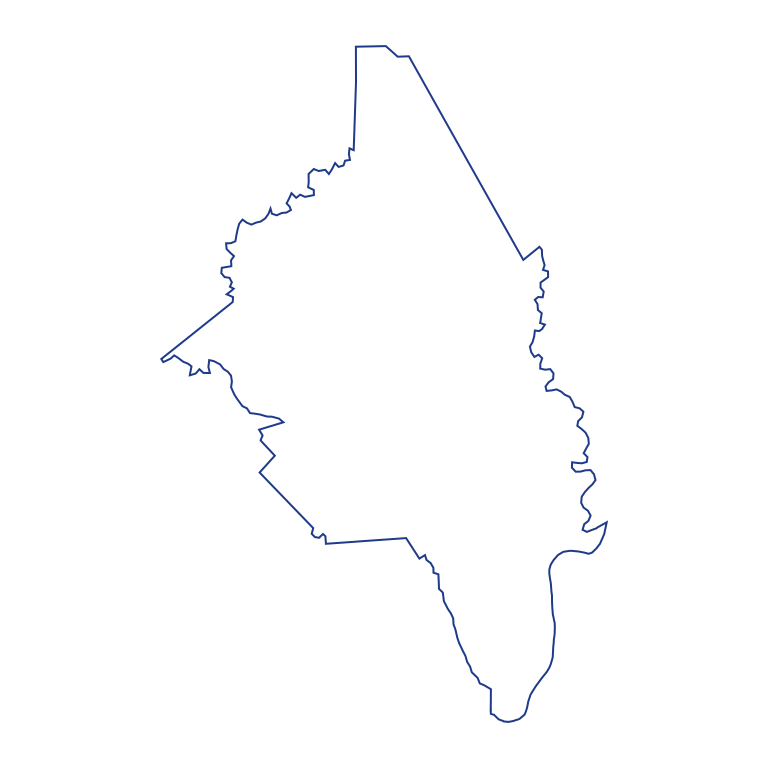 outline of Oberá, Misiones, Argentina
{"feature_id": "61730980B41869558035533", "entity_name": "Oberá", "entity_type": "district", "adm_level": 2, "iso_a3": "ARG", "parent_name": "Argentina", "parent_adm1": "Misiones", "projection": "equal_earth", "projection_center": [-55.041, -27.479], "detail": "fine", "context": "isolated", "style": "outline", "palette": "blue", "viewbox_px": 768, "rotation_deg": 0, "n_neighbors": 0, "source": "geoboundaries", "source_scale": "gbopen_adm2", "svg_char_len": 4824}
<svg xmlns="http://www.w3.org/2000/svg" viewBox="0 0 768 768"><path d="M161.3,359.0L163.3,362.1L166.7,360.5L170.8,358.5L174.2,355.4L177.6,357.5L178.3,358.0L183.3,361.8L188.1,363.7L191.5,366.4L190.1,373.5L189.8,375.3L193.2,374.3L195.9,373.4L199.4,369.2L203.4,372.9L207.4,373.0L209.9,373.0L209.6,371.8L208.4,367.1L209.2,360.1L214.0,361.2L220.1,364.4L223.5,368.9L227.8,371.7L231.0,375.6L231.9,381.4L231.1,387.3L234.3,394.5L237.4,399.3L242.4,406.1L247.0,408.4L250.0,413.1L255.0,413.7L260.0,414.5L266.9,416.5L271.9,416.7L279.0,418.6L283.4,422.3L265.3,427.8L259.1,429.7L262.4,435.2L262.6,435.6L260.9,439.5L260.6,440.4L262.4,442.4L271.2,451.8L274.8,455.7L270.2,460.8L259.6,472.5L262.0,475.0L313.2,528.1L312.2,532.0L311.7,533.8L315.0,537.1L318.8,537.7L319.0,537.8L323.0,534.0L325.4,536.3L325.9,543.2L325.9,543.8L327.2,543.7L354.1,541.8L359.2,541.4L406.1,538.1L419.4,558.6L425.0,555.1L426.5,559.9L428.0,561.1L430.7,563.1L433.4,567.9L433.5,572.7L438.4,574.3L438.8,583.1L439.0,588.9L442.8,592.5L443.9,601.2L447.8,608.8L450.9,613.4L453.2,618.4L453.5,624.2L455.5,629.8L457.3,637.7L459.2,643.2L462.9,651.0L465.5,656.1L467.1,661.8L470.1,666.6L471.8,672.3L477.6,677.9L479.8,683.4L484.1,685.2L490.9,689.2L490.8,703.5L490.7,709.6L490.8,709.5L490.8,710.0L490.8,713.6L490.8,713.8L491.7,714.1L493.8,714.8L494.0,714.8L498.5,719.2L501.3,720.4L503.1,720.9L503.9,721.5L504.3,721.5L505.7,721.6L508.0,721.9L510.9,721.5L511.6,721.3L513.7,720.9L515.5,720.2L517.7,719.6L519.5,718.9L524.1,715.0L524.5,714.7L525.4,712.7L525.8,711.7L526.3,710.2L526.8,708.6L527.5,705.7L528.0,702.9L528.3,701.4L530.6,694.5L535.4,686.8L541.1,679.0L542.0,677.8L546.8,671.9L549.4,667.5L550.9,663.8L552.7,657.4L553.1,650.4L553.1,649.3L553.3,646.3L553.7,642.9L553.8,640.8L553.8,640.0L554.1,637.8L554.4,636.1L554.7,632.7L554.7,631.3L554.8,629.0L554.8,625.1L554.7,623.6L554.6,622.4L554.3,621.2L553.9,619.7L553.4,616.8L552.8,614.3L552.6,611.3L552.3,607.8L552.1,603.8L552.1,603.4L552.0,600.0L552.0,595.7L551.5,592.1L551.2,588.6L551.2,588.0L550.8,583.2L549.9,577.9L549.8,577.2L549.3,573.2L549.3,570.0L549.3,569.9L549.6,568.5L550.8,564.5L552.6,561.6L553.7,560.0L553.8,559.7L554.4,559.1L555.4,558.0L558.0,555.0L563.3,551.8L564.2,551.7L569.1,550.9L571.4,550.8L578.6,551.5L584.3,552.6L587.0,553.3L588.6,553.8L592.1,552.6L596.4,548.4L599.0,545.0L599.8,544.1L600.0,543.8L600.4,542.8L603.0,536.9L604.2,534.1L605.2,529.4L605.7,527.0L606.7,522.3L597.3,527.5L596.5,528.3L591.7,530.0L586.9,531.9L586.3,531.6L582.6,529.8L584.2,524.2L586.9,522.1L588.4,520.9L590.6,515.6L588.0,510.8L583.6,507.6L581.3,503.1L581.2,502.8L581.7,496.7L584.9,492.0L588.6,487.9L592.4,484.4L593.3,483.1L595.5,480.1L594.0,474.3L590.5,470.1L590.2,470.1L585.5,470.3L583.5,470.8L580.6,471.6L575.7,471.7L574.2,470.1L571.9,467.7L572.1,462.3L576.9,462.9L582.0,463.3L583.6,462.8L586.7,462.0L587.3,458.2L587.5,457.1L583.7,453.2L586.0,448.8L587.0,447.0L588.8,443.9L588.3,437.9L585.6,432.7L581.6,429.0L580.4,428.1L577.3,425.8L578.2,421.1L579.1,420.2L582.0,417.3L583.4,411.7L579.6,408.3L574.7,407.1L572.5,401.8L569.7,396.9L564.9,394.8L561.1,391.6L557.0,389.6L556.6,389.4L551.6,390.4L546.6,390.9L545.5,386.5L548.7,382.2L550.6,380.9L553.1,379.1L553.5,373.3L550.2,369.1L545.3,369.7L542.4,369.1L540.2,368.6L540.3,365.5L540.3,363.8L542.2,358.2L538.6,354.7L534.4,356.9L531.5,352.7L531.3,352.4L529.9,346.6L532.6,342.1L534.2,336.4L534.9,330.5L539.1,331.1L542.0,329.1L544.9,324.6L541.6,323.5L540.1,323.0L540.2,322.7L540.9,318.4L541.7,313.2L537.9,310.0L537.9,309.6L537.5,304.0L534.8,299.8L538.2,297.0L541.1,297.2L542.7,297.3L543.7,291.6L542.7,290.3L540.5,287.6L540.6,282.5L543.2,280.7L544.3,279.9L548.1,277.1L548.0,271.4L543.0,269.9L544.6,265.1L543.2,260.4L542.1,255.9L541.9,249.8L541.2,248.9L539.4,246.8L538.5,247.6L535.4,250.1L523.3,259.9L491.7,203.8L443.6,118.2L408.9,56.3L397.7,56.7L386.6,46.8L385.8,46.1L355.9,46.7L356.0,80.5L356.0,82.4L353.7,150.2L349.5,148.4L348.9,154.2L350.0,159.9L345.1,160.7L343.5,165.5L338.6,166.9L335.1,163.1L331.9,169.4L328.9,174.0L325.2,169.8L318.6,171.0L313.8,169.0L308.6,174.0L308.7,182.1L308.4,184.9L308.1,187.3L313.8,190.0L313.9,195.1L305.4,196.8L305.0,196.9L300.2,194.7L296.2,197.8L291.5,193.2L289.2,198.3L286.6,203.4L288.3,205.2L289.5,206.4L290.6,209.2L290.9,210.0L289.7,210.7L286.4,212.6L284.7,212.7L281.8,213.0L276.7,215.3L271.9,213.7L270.5,208.6L268.4,214.0L265.2,218.4L260.8,221.5L256.1,222.6L251.4,224.6L246.8,222.7L242.5,219.6L239.2,223.7L237.6,229.4L236.4,235.3L235.4,241.2L233.9,241.9L230.8,243.2L226.1,243.3L226.6,249.0L230.1,252.6L233.1,255.3L234.0,256.1L231.0,260.4L231.3,264.9L231.3,266.2L221.8,267.8L221.3,273.1L224.6,277.1L229.5,277.8L231.5,281.7L231.9,282.3L229.9,286.7L233.7,288.7L232.5,289.8L230.3,291.6L226.7,294.3L229.7,295.6L233.0,297.1L232.9,299.5L232.7,302.0L230.7,303.6L228.8,305.2L227.8,305.9L226.6,306.9L225.2,308.0L161.3,359.0Z" fill="none" stroke="#1e3a8a" stroke-width="2"/></svg>